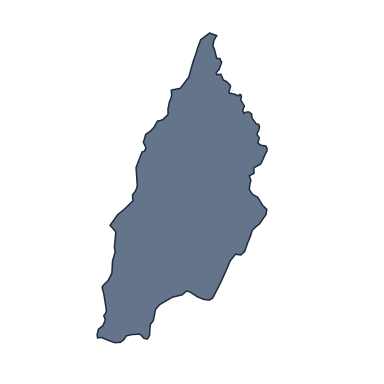 outline of Noun, Ouest, Cameroon, rotated 188°
{"feature_id": "32672807B7266662414716", "entity_name": "Noun", "entity_type": "district", "adm_level": 2, "iso_a3": "CMR", "parent_name": "Cameroon", "parent_adm1": "Ouest", "projection": "equal_earth", "projection_center": [10.892, 5.601], "detail": "fine", "context": "isolated", "style": "filled", "palette": "slate", "viewbox_px": 384, "rotation_deg": 188, "n_neighbors": 0, "source": "geoboundaries", "source_scale": "gbopen_adm2", "svg_char_len": 2105}
<svg xmlns="http://www.w3.org/2000/svg" viewBox="0 0 384 384"><g transform="rotate(188 192 192)"><path d="M247.3,32.1L242.1,33.1L238.9,36.2L237.1,40.3L231.9,42.4L225.1,43.8L223.5,43.9L219.3,40.5L216.9,40.2L215.6,40.2L214.0,44.4L214.7,51.1L214.7,55.3L212.4,59.1L211.8,70.6L208.4,75.9L206.2,77.7L200.2,82.4L196.8,85.1L188.2,88.5L187.4,88.8L183.7,93.2L179.8,92.6L172.4,89.1L165.8,87.3L159.9,87.3L157.0,89.5L156.2,91.3L153.7,98.6L153.0,100.5L150.4,108.4L150.0,109.7L146.8,120.8L144.8,128.4L144.4,129.4L140.3,136.4L134.9,136.4L131.6,140.3L129.6,150.2L128.0,156.2L127.0,162.6L123.5,166.9L120.7,169.8L118.6,174.2L115.6,179.8L115.5,185.2L120.2,188.5L126.1,195.9L131.8,198.1L135.6,202.4L135.8,208.0L135.3,211.7L137.5,216.0L133.2,219.1L134.1,224.6L128.4,228.8L127.3,230.6L124.2,241.4L123.5,242.7L123.7,245.5L125.3,247.8L130.1,247.9L133.7,249.7L133.1,252.7L132.9,255.0L135.5,257.9L135.6,259.7L134.4,262.5L134.3,266.4L135.5,268.3L138.0,268.4L139.1,269.7L141.4,272.0L143.1,274.2L143.8,277.6L147.0,279.2L149.5,278.6L151.7,277.1L153.1,279.9L152.1,284.4L156.7,290.0L156.2,293.0L157.1,295.1L158.2,295.3L159.6,293.6L162.3,294.6L169.0,295.3L169.3,296.6L168.5,301.8L169.3,303.4L173.3,306.3L176.5,307.2L179.8,312.7L183.7,311.6L184.6,313.6L182.2,317.2L180.7,324.7L181.7,326.0L183.0,328.1L186.1,327.7L189.8,336.8L191.7,339.5L191.3,345.5L189.3,350.3L196.7,351.9L204.6,344.0L206.5,335.3L207.2,330.5L209.0,321.5L211.2,305.1L212.8,302.4L214.9,298.6L216.0,296.6L218.0,293.1L226.7,290.0L225.5,284.1L227.0,277.6L227.0,274.7L227.2,272.9L227.4,271.2L226.5,265.5L231.0,259.6L231.8,259.2L233.5,258.3L236.1,257.5L238.5,251.0L241.5,246.7L245.9,242.6L246.5,237.8L247.1,234.4L243.7,229.4L244.8,225.7L247.0,224.8L250.8,208.4L247.0,190.2L248.1,185.1L250.5,180.8L249.3,174.9L256.7,165.4L262.4,159.3L268.5,147.6L262.1,142.1L261.7,138.8L261.2,126.8L259.7,122.0L261.1,112.7L260.1,101.3L260.0,100.6L262.3,93.9L262.7,92.7L267.6,86.2L267.5,84.4L265.1,78.7L260.2,62.6L260.8,59.6L262.2,57.4L260.0,53.2L261.7,47.2L265.6,43.1L266.1,37.7L265.3,34.4L264.1,34.7L261.5,35.3L252.3,33.0L247.3,32.1Z" fill="#64748b" stroke="#1e293b" stroke-width="1.5"/></g></svg>